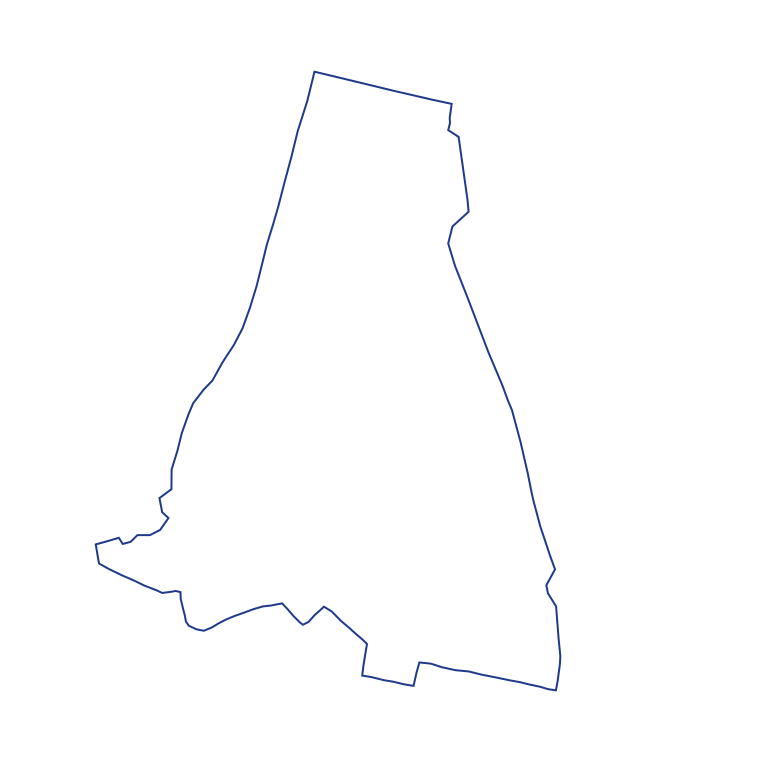 outline of Al-Maimouna, Maysan, Iraq, rotated 194°
{"feature_id": "34846034B98238894977989", "entity_name": "Al-Maimouna", "entity_type": "district", "adm_level": 2, "iso_a3": "IRQ", "parent_name": "Iraq", "parent_adm1": "Maysan", "projection": "equal_earth", "projection_center": [46.821, 31.466], "detail": "fine", "context": "isolated", "style": "outline", "palette": "blue", "viewbox_px": 768, "rotation_deg": 194, "n_neighbors": 0, "source": "geoboundaries", "source_scale": "gbopen_adm2", "svg_char_len": 1792}
<svg xmlns="http://www.w3.org/2000/svg" viewBox="0 0 768 768"><g transform="rotate(194 384 384)"><path d="M143.1,128.4L143.6,137.1L145.6,155.3L147.1,162.7L153.1,179.5L157.6,193.0L163.2,209.8L174.3,220.6L177.8,228.0L173.2,245.5L181.8,258.3L198.0,283.8L208.0,301.9L209.6,304.7L214.1,313.5L222.7,331.7L237.4,360.6L253.5,389.6L259.1,397.0L266.3,407.6L269.7,412.5L290.4,440.1L323.8,488.0L343.6,515.7L355.7,535.9L355.7,553.4L343.6,571.6L347.6,583.1L371.4,641.8L383.1,645.9L383.1,653.3L384.6,658.0L386.1,672.2L397.4,671.8L406.9,671.5L446.4,670.8L479.2,670.6L527.0,670.2L526.9,640.0L528.9,608.4L528.8,582.2L529.3,555.9L529.5,530.9L530.2,512.3L531.4,490.6L531.3,470.9L531.3,448.2L532.5,426.0L534.7,403.9L539.2,385.2L544.4,370.4L546.0,365.6L551.3,345.9L557.7,334.8L564.5,319.2L566.4,307.1L568.3,287.5L568.3,268.8L569.4,249.7L564.8,230.5L574.3,219.0L568.2,205.9L560.7,201.8L565.9,188.3L574.6,180.7L586.7,177.7L591.6,169.6L598.8,165.6L604.1,170.6L614.3,164.6L624.9,158.6L620.1,147.7L617.1,140.9L605.3,137.7L591.6,134.9L578.9,132.8L567.7,130.4L554.7,128.8L548.7,127.6L541.4,130.4L536.0,132.8L531.1,132.8L529.3,126.4L525.1,118.3L521.2,111.1L518.7,105.5L514.8,102.2L506.6,100.6L499.1,101.0L492.4,105.9L486.4,111.9L480.0,117.5L472.8,122.8L465.5,127.6L456.1,134.0L447.7,138.9L440.1,141.7L429.8,146.5L423.5,142.5L415.6,136.9L408.1,132.4L404.4,130.8L399.6,134.9L395.7,142.5L390.8,149.7L388.4,153.4L379.6,150.6L368.4,143.7L359.4,139.3L351.2,134.9L343.0,130.8L337.6,127.6L336.7,115.9L335.8,105.5L334.6,95.8L325.2,96.6L312.2,96.6L302.8,97.4L293.2,97.4L282.3,98.2L282.6,111.9L282.3,122.4L270.8,124.0L266.6,123.7L259.3,123.2L245.4,123.6L232.3,125.6L219.3,125.6L211.2,126.0L203.3,126.4L192.1,126.8L179.4,127.6L169.7,127.6L159.5,128.0L150.7,127.6L143.1,128.4Z" fill="none" stroke="#1e3a8a" stroke-width="2"/></g></svg>